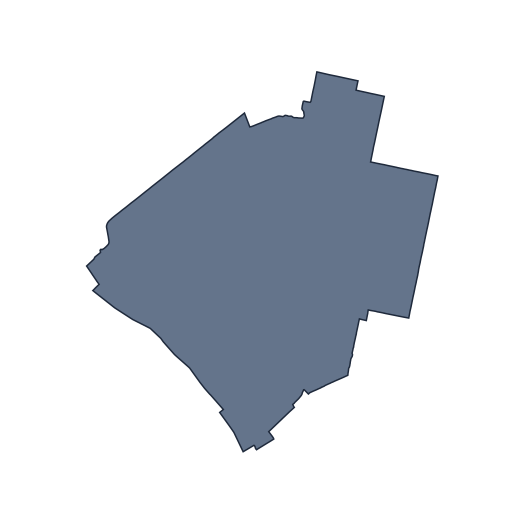 Slobozia, Giurgiu, Romania (Equal Earth projection), rotated 103°
{"feature_id": "2599482B23076284199588", "entity_name": "Slobozia", "entity_type": "district", "adm_level": 2, "iso_a3": "ROU", "parent_name": "Romania", "parent_adm1": "Giurgiu", "projection": "equal_earth", "projection_center": [25.878, 43.851], "detail": "fine", "context": "isolated", "style": "filled", "palette": "slate", "viewbox_px": 512, "rotation_deg": 103, "n_neighbors": 0, "source": "geoboundaries", "source_scale": "gbopen_adm2", "svg_char_len": 5973}
<svg xmlns="http://www.w3.org/2000/svg" viewBox="0 0 512 512"><g transform="rotate(103 256 256)"><path d="M303.9,418.8L310.0,412.2L310.7,411.5L315.6,406.2L316.3,405.5L318.9,402.5L323.4,405.4L324.3,405.9L326.4,407.2L326.8,406.3L327.2,405.6L327.7,404.5L328.1,403.7L338.3,382.0L345.6,361.9L350.3,342.8L357.6,330.3L360.5,327.0L361.2,326.0L361.8,325.2L370.3,313.3L371.6,311.0L379.4,296.6L380.2,295.3L381.7,293.6L391.8,282.1L396.6,276.2L401.2,269.8L401.4,269.3L412.9,253.3L416.6,256.2L426.5,244.9L427.1,244.2L432.8,237.9L449.6,224.5L441.0,215.5L441.1,215.3L441.0,215.2L441.2,214.8L441.6,214.4L442.2,213.9L443.0,213.6L443.3,213.4L443.5,213.1L443.7,212.9L444.2,212.6L444.3,212.4L444.4,212.0L444.6,211.8L443.6,210.9L430.4,197.5L429.7,197.9L428.2,199.4L424.3,204.1L400.2,188.3L394.9,184.6L394.1,185.5L392.3,186.8L391.0,185.7L390.0,185.3L386.9,183.3L385.5,182.4L381.9,180.6L381.0,180.3L380.1,180.1L378.7,180.1L377.0,179.7L376.1,179.6L375.6,179.5L375.4,179.0L378.7,173.9L378.3,173.6L377.9,173.4L377.2,172.9L376.4,171.9L374.7,169.7L373.2,167.6L371.8,165.8L370.8,164.5L369.9,163.2L369.5,162.9L369.2,162.8L369.2,162.6L369.1,162.4L368.4,161.5L367.5,160.3L366.5,159.4L365.9,158.6L364.9,157.3L364.2,156.4L363.3,155.1L362.9,154.7L362.4,154.1L361.9,153.4L361.6,152.9L360.3,151.3L357.8,147.9L356.9,146.7L356.1,145.6L355.1,144.3L354.3,143.2L353.1,141.7L351.6,139.7L349.8,139.9L349.5,140.0L348.8,140.0L347.4,140.1L344.8,140.4L344.3,140.3L344.0,140.3L343.6,140.1L343.1,140.0L342.1,140.0L341.1,140.0L340.4,140.1L339.5,140.1L338.7,140.2L337.9,140.3L336.9,140.3L335.6,140.4L335.0,140.4L334.3,140.3L333.3,140.0L332.2,139.7L331.5,139.7L330.8,139.7L330.3,139.8L330.0,139.9L329.4,140.4L329.1,140.5L328.6,140.5L327.5,140.5L325.6,140.5L324.2,140.6L323.1,140.4L322.6,140.4L322.0,140.5L321.5,140.6L320.7,140.6L318.7,140.7L317.3,140.7L316.1,140.7L314.7,140.7L313.4,140.7L312.0,140.8L311.0,140.7L310.2,140.8L309.7,140.7L309.4,140.7L308.7,140.8L308.0,140.9L306.1,140.9L299.8,141.0L297.1,141.1L295.2,141.1L294.0,141.1L294.1,139.6L294.1,138.4L294.1,136.1L294.1,134.0L291.3,134.1L288.4,134.2L286.9,134.2L285.3,134.4L283.3,134.5L283.3,131.9L283.1,129.2L283.0,127.0L283.1,125.0L283.0,123.6L282.9,120.0L282.9,116.9L282.8,113.9L282.7,110.7L282.6,107.3L282.5,103.6L282.4,100.9L282.3,97.6L282.1,93.2L279.8,93.3L277.1,93.4L275.5,93.5L271.0,93.5L260.3,93.8L257.4,93.8L253.1,93.9L250.4,94.0L247.8,94.0L245.7,94.0L243.8,94.1L242.8,94.1L240.9,94.1L238.8,94.1L237.3,94.2L234.7,94.3L232.5,94.5L229.7,94.6L225.5,94.6L223.5,94.7L220.7,94.8L218.2,94.8L217.1,94.8L215.0,94.8L211.2,94.9L209.4,94.9L207.7,95.0L207.0,95.1L205.3,95.1L204.1,95.1L202.0,95.2L200.4,95.2L198.3,95.3L196.1,95.3L192.5,95.4L189.6,95.4L184.5,95.5L181.9,95.6L175.2,95.8L172.9,95.8L168.6,95.9L165.8,95.9L163.4,96.0L160.1,96.1L152.9,96.3L149.2,96.3L144.4,96.5L141.3,96.5L137.1,96.7L137.2,98.9L137.2,100.6L137.2,102.9L137.3,107.8L137.4,110.0L137.4,110.5L137.5,113.0L137.5,116.0L137.6,118.7L137.7,121.0L137.7,123.8L137.8,126.0L137.8,128.7L137.9,130.5L137.9,132.7L138.0,134.3L138.0,136.6L138.1,137.9L138.0,138.3L138.1,144.0L138.2,147.9L138.2,151.8L138.3,153.8L138.5,159.9L138.5,161.6L138.6,165.5L137.5,165.5L135.1,165.6L128.1,165.8L126.8,165.8L123.6,166.0L118.5,166.0L110.0,166.2L103.4,166.3L99.1,166.4L94.4,166.5L94.1,166.5L93.7,166.5L85.5,166.6L81.2,166.7L71.6,166.9L71.7,176.5L71.8,180.7L71.8,183.9L71.9,191.8L71.9,195.8L68.2,195.9L64.8,196.0L62.4,196.0L62.5,202.7L62.6,210.0L62.7,218.0L62.9,225.4L62.9,233.0L62.9,238.1L67.1,238.0L71.2,237.8L77.8,237.6L82.9,237.6L92.1,237.3L92.8,237.3L93.5,237.5L93.9,237.7L94.1,237.8L94.3,241.5L94.3,243.9L94.4,244.2L94.5,244.5L94.8,244.7L95.3,244.7L97.5,244.7L99.3,244.7L100.2,244.6L101.2,244.5L101.9,244.4L102.2,244.4L102.4,244.3L102.8,244.0L103.4,243.4L104.0,242.6L104.3,242.3L104.5,242.1L104.9,241.9L105.2,241.7L105.5,241.7L106.5,241.3L107.4,240.9L107.9,240.7L108.1,240.6L108.3,240.6L108.6,240.5L109.3,240.6L110.0,240.8L110.6,241.0L110.9,241.2L111.1,241.3L111.2,241.5L111.3,242.3L111.4,242.7L111.5,242.9L111.6,243.8L112.0,245.9L112.0,246.8L112.1,247.6L112.2,248.0L112.4,248.9L112.5,249.4L112.6,249.7L112.6,250.1L112.6,250.6L112.5,251.0L112.4,251.4L112.1,252.0L111.9,252.4L111.9,252.8L111.8,253.0L111.9,253.5L112.0,253.9L112.2,254.6L112.4,255.4L112.4,255.8L112.4,256.2L112.3,256.9L112.2,257.3L112.3,258.1L112.3,258.8L112.4,259.1L112.5,259.4L112.9,259.8L113.6,260.4L113.9,260.9L114.1,261.1L114.1,261.3L114.2,261.6L114.2,262.6L114.3,263.3L114.3,264.3L114.5,265.2L114.7,265.8L115.0,266.3L115.4,267.0L115.9,267.6L116.3,268.3L116.8,269.0L117.1,269.5L117.5,270.2L117.8,270.7L118.5,271.6L118.8,271.9L119.0,272.2L120.2,274.1L121.0,275.3L122.1,277.0L123.1,278.3L123.5,278.9L124.0,279.6L124.3,280.1L124.8,280.7L125.2,281.2L125.6,281.9L126.1,282.5L126.8,283.6L127.5,284.6L129.5,287.4L130.9,289.5L131.6,291.1L119.3,299.4L137.8,314.2L143.8,319.2L144.2,319.6L145.7,320.7L147.5,322.1L149.0,323.3L149.8,324.0L150.4,324.3L150.8,324.6L151.2,324.9L151.7,325.2L153.2,326.4L156.2,328.8L158.5,330.7L158.7,330.8L164.4,335.3L169.3,339.2L173.6,342.5L177.7,345.8L180.7,348.1L183.2,350.2L185.3,351.9L190.4,356.1L190.5,356.2L194.0,358.9L203.1,366.1L207.7,369.8L211.3,372.7L215.3,375.8L217.4,377.5L217.6,377.7L227.5,385.5L230.2,387.7L232.2,389.4L235.3,391.8L237.6,393.6L241.1,396.5L244.2,398.9L245.8,400.2L248.1,402.1L250.7,404.1L252.0,405.1L252.8,405.6L253.8,406.3L254.7,406.9L255.3,407.3L255.7,407.4L256.2,407.7L256.8,407.9L257.8,408.2L258.8,408.3L259.5,408.4L260.1,408.4L260.9,408.3L261.6,408.1L262.3,407.8L265.9,406.2L268.3,405.2L270.3,404.3L272.4,403.5L273.9,402.9L275.2,402.4L276.1,402.3L276.7,402.3L277.3,402.4L277.8,402.5L278.4,402.8L279.1,403.2L280.9,404.3L282.4,405.4L283.0,405.8L283.5,406.4L284.0,406.8L284.2,407.0L284.3,407.3L284.2,407.5L284.6,407.9L284.6,408.1L284.5,408.3L284.4,408.4L284.4,408.6L284.5,408.8L285.0,408.9L285.1,409.0L285.3,409.2L285.5,409.2L286.1,409.0L286.7,408.6L287.4,408.3L288.4,408.9L293.2,412.7L293.7,412.8L294.1,412.9L294.7,413.1L295.5,413.2L303.9,418.8Z" fill="#64748b" stroke="#1e293b" stroke-width="1.5"/></g></svg>